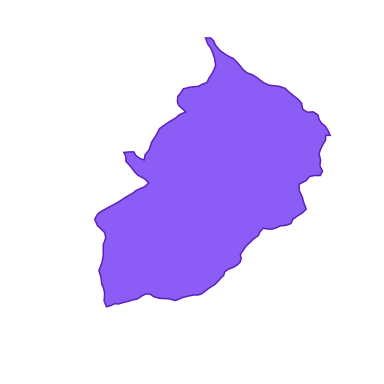 Tupi Paulista, São Paulo, Brazil, rotated 313°
{"feature_id": "56859067B94686209364934", "entity_name": "Tupi Paulista", "entity_type": "district", "adm_level": 2, "iso_a3": "BRA", "parent_name": "Brazil", "parent_adm1": "São Paulo", "projection": "robinson", "projection_center": [-51.584, -21.384], "detail": "fine", "context": "isolated", "style": "filled", "palette": "violet", "viewbox_px": 384, "rotation_deg": 313, "n_neighbors": 0, "source": "geoboundaries", "source_scale": "gbopen_adm2", "svg_char_len": 2126}
<svg xmlns="http://www.w3.org/2000/svg" viewBox="0 0 384 384"><g transform="rotate(313 192 192)"><path d="M327.7,254.4L329.8,249.2L331.0,244.4L330.6,239.7L331.7,235.6L334.3,231.3L333.3,226.0L329.1,222.0L328.0,216.7L331.7,211.4L332.2,206.3L331.7,201.2L331.3,195.0L331.3,189.3L328.9,184.0L325.5,179.3L322.7,175.6L320.7,169.6L320.0,162.2L319.0,156.4L316.8,151.1L316.3,146.5L317.0,141.9L317.5,137.7L317.8,131.0L316.5,127.2L315.5,122.8L314.6,116.3L315.4,109.0L317.3,104.8L317.4,100.6L313.9,96.8L311.0,102.6L310.0,107.6L308.0,112.1L305.1,117.4L300.7,122.9L296.6,124.7L291.5,126.1L287.1,126.7L282.1,128.2L278.3,126.2L273.7,124.6L270.8,122.1L267.1,118.9L261.6,115.3L256.0,116.3L252.2,116.4L248.2,119.6L246.3,123.2L246.3,132.9L240.1,130.1L235.1,129.6L230.3,128.2L224.6,126.7L216.3,125.0L210.5,126.7L200.8,128.5L193.6,131.9L187.4,132.3L182.8,135.1L181.0,131.0L180.4,126.2L181.7,122.1L177.8,118.1L174.4,115.1L172.9,119.4L169.3,122.8L168.7,130.1L167.6,136.5L167.4,141.0L169.4,148.8L169.0,154.3L163.3,153.7L159.3,151.8L155.1,150.1L151.6,149.7L143.1,147.1L137.1,145.7L131.8,144.2L125.5,141.9L114.9,138.5L111.4,138.0L105.7,139.5L102.9,145.8L102.9,152.0L102.7,156.1L99.4,160.3L93.0,163.0L84.8,170.6L78.9,174.3L71.0,177.5L67.7,183.4L63.1,188.9L60.9,193.6L58.3,197.2L52.4,202.0L49.7,207.7L53.6,210.1L57.5,211.6L60.0,214.6L64.6,217.3L68.8,220.1L72.3,222.0L76.5,225.0L82.0,226.3L86.3,227.9L88.8,231.3L89.4,235.6L92.3,241.1L98.0,247.7L101.3,253.9L108.8,257.3L113.8,260.6L118.2,263.8L120.6,266.5L123.7,268.3L127.3,269.1L131.6,269.7L135.8,270.6L140.1,271.8L144.7,271.9L148.7,271.8L152.4,272.1L156.0,270.4L160.2,271.2L164.6,273.4L169.2,274.8L173.6,275.0L176.9,273.3L179.3,269.9L183.7,269.3L189.0,268.4L194.4,268.8L200.4,269.1L205.5,270.2L209.0,268.9L214.0,268.7L216.4,272.5L219.7,276.1L223.9,278.3L227.4,279.7L231.8,283.5L236.4,285.9L240.8,284.4L245.7,285.3L251.7,286.9L257.4,287.2L260.8,280.3L263.4,276.3L266.3,269.3L270.7,265.0L278.0,267.7L283.4,267.4L287.6,270.3L291.6,274.6L296.2,273.3L298.3,267.8L303.1,264.2L306.7,258.7L311.8,256.6L316.2,255.3L321.2,254.2L324.5,251.2L327.7,254.4Z" fill="#8b5cf6" stroke="#5b21b6" stroke-width="1.5"/></g></svg>